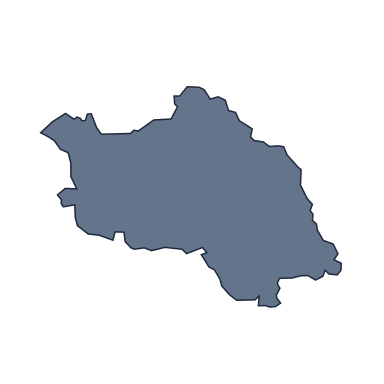 outline of Gallyaaral, Jizzakh, Uzbekistan, rotated 7°
{"feature_id": "79887680B5401835148625", "entity_name": "Gallyaaral", "entity_type": "district", "adm_level": 2, "iso_a3": "UZB", "parent_name": "Uzbekistan", "parent_adm1": "Jizzakh", "projection": "robinson", "projection_center": [67.391, 39.992], "detail": "fine", "context": "isolated", "style": "filled", "palette": "slate", "viewbox_px": 384, "rotation_deg": 7, "n_neighbors": 0, "source": "geoboundaries", "source_scale": "gbopen_adm2", "svg_char_len": 1488}
<svg xmlns="http://www.w3.org/2000/svg" viewBox="0 0 384 384"><g transform="rotate(7 192 192)"><path d="M138.3,254.9L141.6,255.8L151.4,253.3L159.0,255.1L171.8,250.3L189.2,250.0L194.1,253.8L209.2,245.8L214.1,250.4L208.9,253.1L217.9,264.3L223.7,266.5L230.2,274.8L233.0,281.7L241.6,289.3L249.5,294.0L267.7,291.4L271.3,287.1L271.8,296.8L278.6,295.8L283.6,296.8L289.1,295.3L293.5,291.5L289.0,286.9L288.3,284.0L291.0,276.8L287.8,272.7L289.2,267.1L302.0,265.1L310.5,261.8L317.3,260.8L325.3,264.3L332.2,259.7L333.7,253.3L337.8,256.7L346.2,256.6L349.4,251.5L348.8,244.6L341.2,241.9L344.4,235.5L338.4,226.4L328.3,224.1L321.0,214.5L319.5,208.8L315.0,205.4L314.8,199.4L311.5,196.0L313.0,189.6L307.2,184.6L298.8,171.9L297.6,156.6L294.3,154.5L281.9,143.7L277.5,135.9L272.0,135.7L263.1,137.4L256.8,133.6L247.1,133.3L243.4,130.0L244.1,122.0L230.3,115.5L225.5,107.7L218.3,106.7L213.9,96.9L206.4,94.3L198.7,97.6L191.7,89.0L186.3,87.2L174.4,88.1L168.1,98.3L162.6,98.9L164.0,106.6L167.3,109.1L162.3,122.1L145.2,125.2L131.2,138.0L126.6,137.8L123.9,141.4L95.0,145.7L89.6,139.9L82.4,126.5L78.6,127.6L77.5,134.0L73.7,134.7L72.5,132.6L68.7,131.7L66.1,134.1L56.9,129.4L44.7,139.5L34.6,151.6L43.4,155.0L49.3,158.0L56.3,165.8L64.2,168.0L68.2,177.8L69.9,191.5L77.2,203.0L65.7,203.9L58.8,211.3L63.3,215.5L63.6,219.5L66.1,222.4L73.3,220.2L77.2,219.1L79.3,231.7L82.5,239.5L94.1,246.3L105.1,246.2L119.4,249.5L120.5,241.0L129.4,240.1L131.7,249.4L138.3,254.9Z" fill="#64748b" stroke="#1e293b" stroke-width="1.5"/></g></svg>